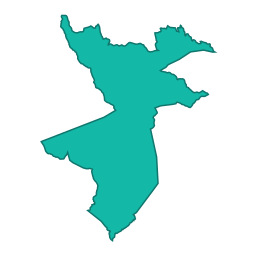 Caetité, Bahia, Brazil
{"feature_id": "56859067B25942812879091", "entity_name": "Caetité", "entity_type": "district", "adm_level": 2, "iso_a3": "BRA", "parent_name": "Brazil", "parent_adm1": "Bahia", "projection": "orthographic", "projection_center": [-42.469, -13.986], "detail": "fine", "context": "isolated", "style": "filled", "palette": "teal", "viewbox_px": 256, "rotation_deg": 0, "n_neighbors": 0, "source": "geoboundaries", "source_scale": "gbopen_adm2", "svg_char_len": 5626}
<svg xmlns="http://www.w3.org/2000/svg" viewBox="0 0 256 256"><path d="M128.4,225.6L129.7,223.8L130.1,222.8L131.3,222.5L132.3,221.4L132.9,220.4L133.7,220.6L133.8,219.6L134.7,219.6L135.4,218.8L135.0,217.8L134.8,216.4L134.1,215.4L133.4,214.5L136.3,212.6L153.4,189.7L158.0,183.4L156.6,157.0L150.5,129.0L151.6,128.6L152.6,127.9L153.5,127.1L154.4,125.7L154.1,124.5L154.0,123.2L154.0,121.8L154.4,120.8L154.4,119.4L153.6,118.5L153.1,117.4L153.8,116.2L154.7,115.7L157.2,113.0L157.1,112.1L156.2,110.3L155.0,107.9L160.7,105.8L172.3,104.4L175.9,103.7L176.2,102.9L177.1,102.2L178.4,102.5L179.8,103.0L181.0,103.6L181.9,104.4L183.6,104.7L184.3,105.1L185.3,105.9L186.4,106.0L187.6,106.4L188.4,107.0L189.2,107.3L190.2,107.5L190.9,107.0L192.2,105.4L193.3,103.3L194.2,103.0L195.5,101.2L195.8,100.5L196.5,99.8L198.0,99.6L198.9,99.1L199.9,97.5L200.5,96.9L201.2,96.4L204.4,96.4L205.1,96.2L208.3,94.5L207.7,93.6L207.2,93.1L206.1,92.9L205.4,92.6L204.7,91.9L203.7,91.5L202.7,90.7L199.7,92.6L198.6,92.8L198.0,92.4L196.9,92.1L194.8,92.7L193.3,92.2L192.3,91.6L191.3,90.4L190.4,89.8L189.7,89.0L189.1,88.6L188.4,87.6L187.2,87.3L186.5,86.6L186.2,85.9L186.3,84.8L185.6,83.9L185.1,83.1L184.5,80.4L183.8,79.4L182.7,78.8L181.8,79.0L181.0,78.8L179.3,78.8L178.6,78.9L177.9,79.7L177.1,79.4L176.9,78.0L176.1,76.5L175.2,75.7L173.7,74.5L171.7,74.2L169.9,72.6L168.7,72.4L167.8,72.8L166.8,72.6L165.7,72.1L162.4,71.5L161.0,71.1L160.3,70.5L166.0,67.2L168.1,64.7L179.2,59.4L190.6,51.9L203.6,50.1L212.7,52.1L214.8,52.0L213.9,51.5L213.3,50.7L212.4,48.1L210.0,46.4L210.3,45.0L210.0,44.1L209.3,43.8L208.1,44.2L207.0,43.8L206.4,43.0L204.8,42.5L203.9,42.4L201.3,41.3L200.3,41.5L200.7,42.4L200.8,43.4L199.7,43.7L198.6,43.7L197.9,43.4L196.3,42.3L195.8,41.8L195.3,40.8L194.6,40.2L193.9,39.9L193.1,39.9L192.5,40.8L191.7,40.3L191.1,37.2L189.9,36.7L188.8,35.5L187.9,33.9L186.5,34.0L186.1,34.9L185.4,35.7L184.8,34.6L184.8,32.1L183.9,31.2L183.6,29.2L183.1,28.2L181.3,27.2L181.5,26.2L180.5,25.4L180.1,26.4L180.4,27.1L180.0,27.9L178.9,27.7L177.8,27.8L177.6,28.5L178.0,29.8L178.8,31.7L177.8,31.4L176.6,31.3L175.9,29.2L175.3,27.9L170.1,27.4L169.0,26.8L168.4,26.2L167.7,25.8L167.2,26.8L166.8,27.8L166.1,28.9L164.8,28.3L162.8,28.5L161.0,28.0L160.3,28.5L160.9,30.1L161.1,31.1L160.4,31.8L159.6,31.8L158.1,32.6L157.3,32.8L155.0,32.8L155.0,33.9L156.2,39.2L156.2,40.3L157.2,41.8L155.7,43.5L155.4,44.6L155.9,46.9L156.4,47.9L156.5,48.7L156.8,49.5L158.1,50.4L156.0,50.5L154.2,50.9L153.0,51.5L151.2,51.8L150.0,51.9L148.5,51.4L147.7,50.9L146.4,48.5L145.6,47.5L144.5,46.7L143.6,44.9L141.7,44.4L140.9,43.6L140.0,43.4L137.5,44.1L136.0,44.2L130.9,42.7L130.1,42.5L129.0,42.7L127.1,44.3L126.3,45.2L124.8,46.0L124.0,46.1L123.2,45.8L121.8,44.9L119.5,45.9L118.7,45.8L117.2,44.8L116.0,44.9L114.5,45.5L113.6,45.6L112.8,45.3L111.8,44.5L110.6,44.0L109.8,44.0L109.2,44.4L108.3,44.8L108.5,43.5L109.2,42.5L109.7,41.4L109.6,40.4L109.3,39.7L108.3,39.2L107.0,39.0L106.4,38.2L105.5,38.3L104.6,38.8L103.3,39.2L102.2,36.7L101.7,36.2L101.4,35.5L101.0,34.1L100.6,33.2L100.2,32.2L99.8,29.0L99.6,27.2L98.7,25.0L98.1,24.3L96.7,25.8L95.9,26.2L95.2,28.0L94.3,28.3L93.3,27.7L91.5,26.3L90.8,26.0L90.0,26.5L88.2,27.2L84.1,28.3L83.5,31.1L82.9,31.7L81.8,31.9L80.8,31.8L78.8,32.2L78.0,32.7L77.1,32.8L76.0,32.8L75.1,32.6L74.2,32.3L72.1,30.8L71.7,29.8L71.6,28.7L71.0,27.5L69.5,26.0L69.1,25.0L69.0,23.8L69.1,22.8L68.9,21.8L67.9,20.1L67.4,17.8L67.0,16.7L66.3,15.8L65.3,15.4L64.3,15.5L61.9,15.4L61.4,16.1L61.5,17.1L62.6,19.1L61.6,20.9L61.1,21.5L61.5,22.6L61.0,23.9L61.0,25.3L60.7,26.3L61.3,27.5L62.0,28.0L63.3,29.4L63.5,30.3L64.3,31.3L64.4,32.6L65.6,34.3L65.7,35.8L66.0,36.8L66.2,37.8L68.3,41.4L68.4,42.3L68.9,43.0L69.2,43.9L69.0,44.7L69.7,45.6L69.8,46.8L71.4,48.4L72.3,49.0L72.7,49.9L73.7,50.2L74.7,50.9L75.2,51.9L76.0,52.1L76.4,52.7L76.8,54.4L77.4,55.4L77.7,56.3L77.8,57.3L77.7,58.5L78.1,59.5L79.6,62.0L80.4,62.7L81.0,63.5L82.8,64.0L84.2,65.3L85.4,66.0L86.0,66.6L86.9,66.7L87.7,67.5L88.5,67.9L89.4,67.8L90.6,68.3L90.9,69.8L90.9,70.9L91.0,72.0L91.5,73.1L92.2,75.5L94.1,79.3L94.4,80.1L94.4,80.9L93.9,81.6L93.7,82.4L94.8,83.8L95.2,84.5L95.5,85.7L95.6,86.6L95.9,87.5L96.5,87.9L97.4,88.1L98.5,88.5L99.2,89.2L101.2,90.5L101.8,91.9L102.3,92.5L103.1,93.1L103.5,93.8L103.6,94.8L104.1,95.8L104.5,98.3L104.5,99.5L104.7,100.4L106.5,102.0L107.8,102.6L108.7,102.8L111.4,104.5L112.3,104.7L113.5,105.6L114.1,106.7L113.8,107.8L114.5,108.9L115.2,109.7L115.6,110.4L103.9,117.3L41.9,141.3L41.2,141.7L43.8,145.6L45.0,148.7L45.3,150.0L45.8,151.3L46.6,152.3L47.5,153.2L48.3,153.7L49.6,153.6L50.7,154.1L52.0,154.5L52.7,155.3L53.3,156.1L54.8,156.5L55.7,157.1L57.7,157.2L58.6,157.9L59.4,158.3L59.8,159.0L60.8,159.1L63.7,158.9L64.4,157.9L65.1,156.5L66.4,155.1L67.2,153.7L67.6,152.5L69.8,160.3L73.1,162.8L83.1,167.8L85.8,168.6L86.7,168.7L88.5,168.7L89.5,168.3L90.7,168.7L92.0,168.9L92.5,169.6L91.9,170.6L91.7,171.5L92.7,175.9L93.2,177.1L93.4,178.5L94.8,180.7L96.1,182.0L96.7,182.9L97.7,184.9L97.9,185.8L97.6,186.8L97.6,187.6L97.4,189.3L96.9,190.4L96.4,192.6L96.4,194.6L96.0,195.4L95.0,196.2L93.9,196.7L93.3,197.6L93.3,198.6L93.1,199.5L93.8,200.5L93.7,201.4L94.6,202.0L94.8,203.6L94.5,204.3L93.6,204.0L92.8,204.7L92.0,204.7L92.0,205.8L90.8,207.2L90.1,208.0L90.3,209.0L90.1,210.0L89.4,210.4L88.6,210.2L87.7,210.5L101.3,221.3L105.6,226.7L106.8,227.5L107.1,228.4L107.0,229.4L107.5,230.0L108.6,230.7L109.7,230.7L110.2,231.7L109.6,232.1L109.1,233.2L109.6,235.6L109.8,237.4L110.5,238.9L111.1,239.6L112.5,240.6L112.7,238.6L114.6,237.0L114.7,235.7L115.1,233.7L115.9,233.1L116.8,233.4L118.7,232.1L121.1,230.9L121.6,230.3L121.8,229.5L123.0,229.5L123.5,228.6L124.6,228.4L125.4,227.6L126.3,227.2L126.8,226.6L128.4,225.6Z" fill="#14b8a6" stroke="#0f766e" stroke-width="1.5"/></svg>